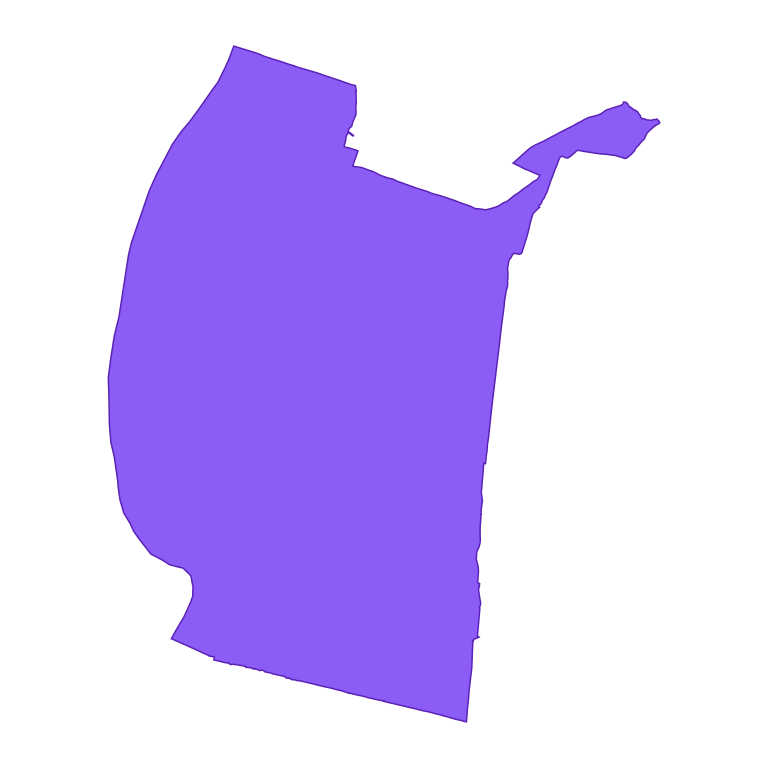 outline of Ostrov, Tulcea, Romania
{"feature_id": "2599482B49066232260095", "entity_name": "Ostrov", "entity_type": "district", "adm_level": 2, "iso_a3": "ROU", "parent_name": "Romania", "parent_adm1": "Tulcea", "projection": "albers", "projection_center": [28.19, 44.921], "detail": "fine", "context": "isolated", "style": "filled", "palette": "violet", "viewbox_px": 768, "rotation_deg": 0, "n_neighbors": 0, "source": "geoboundaries", "source_scale": "gbopen_adm2", "svg_char_len": 6066}
<svg xmlns="http://www.w3.org/2000/svg" viewBox="0 0 768 768"><path d="M171.4,638.7L192.7,648.2L205.0,653.9L209.2,655.7L209.1,656.0L212.4,656.6L214.4,656.9L213.8,659.9L218.0,660.9L221.8,661.7L221.8,661.9L226.1,662.8L228.0,663.0L228.7,662.7L228.9,662.7L229.0,662.8L228.9,663.2L229.3,663.9L229.8,664.0L230.2,664.3L230.7,664.5L231.0,664.5L232.3,664.2L232.9,664.2L233.4,664.3L233.9,664.3L234.3,664.6L236.4,664.5L237.1,664.8L240.1,665.4L240.2,665.2L241.0,665.5L245.4,666.3L245.5,666.9L245.6,667.2L245.9,667.3L248.9,667.5L249.9,667.8L251.3,667.8L252.0,668.2L252.3,668.7L253.9,669.0L254.4,668.8L254.6,668.5L255.2,668.6L255.3,669.1L256.7,669.2L259.1,670.3L259.5,670.5L260.5,670.4L261.3,670.2L262.7,670.2L264.3,670.9L264.4,671.1L264.3,671.6L266.5,672.2L267.5,672.3L267.8,672.5L268.6,672.6L270.2,672.8L272.2,673.7L283.8,676.3L284.4,676.3L286.0,677.9L286.4,678.1L287.2,678.1L287.8,678.0L288.2,678.2L289.1,678.3L289.9,678.1L290.1,678.7L290.5,679.0L292.5,679.8L293.7,679.8L295.0,679.9L297.2,680.6L299.8,680.8L314.4,684.2L319.2,685.5L322.2,686.1L323.1,686.4L331.8,688.3L335.3,689.3L340.3,690.5L344.8,691.8L349.2,693.3L349.2,693.0L353.3,694.1L354.8,694.3L355.7,694.7L361.3,695.8L364.5,696.6L368.2,697.7L371.1,698.3L374.8,699.2L377.1,699.6L378.0,700.0L380.1,700.2L380.8,700.6L383.8,700.6L383.5,701.3L416.4,709.1L423.5,710.9L426.5,711.4L429.5,712.1L447.5,716.9L455.8,719.3L461.2,720.5L463.3,721.2L465.0,721.5L466.4,721.9L466.9,716.2L467.6,706.1L468.1,703.3L468.4,699.9L469.1,690.7L471.8,667.6L472.8,641.0L473.3,641.1L473.6,639.2L475.9,638.6L479.1,637.1L478.7,636.8L477.4,636.7L479.9,608.2L479.3,607.8L480.2,605.9L480.2,605.5L480.7,603.6L478.6,590.6L478.8,586.8L479.3,586.8L479.6,583.6L477.7,582.7L478.5,570.3L477.9,565.6L476.3,559.4L476.7,552.3L479.1,546.7L480.0,543.2L480.3,540.4L480.1,533.1L480.1,528.1L481.0,515.7L481.3,513.8L481.0,513.8L480.9,513.0L481.0,511.3L482.0,503.8L482.2,502.8L482.5,501.1L481.3,492.7L483.8,463.1L485.5,463.6L485.8,461.4L486.2,456.0L486.6,453.7L487.0,451.0L487.3,447.5L487.4,444.7L488.7,436.6L489.1,432.5L490.8,416.0L492.5,400.8L493.9,389.4L497.9,356.4L499.7,341.6L500.6,333.3L502.2,320.5L504.1,306.3L504.4,302.5L504.7,299.8L506.1,291.5L506.8,288.7L507.2,287.8L507.7,283.7L507.5,282.3L507.5,281.0L507.9,277.8L507.9,272.4L507.5,269.1L508.7,261.4L509.1,260.2L511.1,257.4L511.9,255.9L512.5,254.6L513.0,254.0L513.6,253.7L514.3,253.5L515.3,253.5L517.8,254.0L519.7,254.2L520.5,254.0L521.1,253.6L521.7,252.9L522.3,251.7L522.6,250.1L522.9,249.5L527.2,235.6L528.9,229.1L530.5,221.9L532.9,213.8L536.9,209.7L539.3,207.6L539.5,207.4L539.0,207.2L538.7,206.9L538.7,206.6L538.7,206.3L539.0,205.9L540.7,204.1L541.4,203.1L542.4,200.3L542.7,199.9L543.8,198.6L544.7,197.0L545.0,196.1L545.0,195.6L545.3,195.0L545.7,194.5L546.4,193.3L546.9,192.2L549.7,184.2L550.3,181.9L550.9,180.4L551.8,178.4L553.4,173.9L555.4,168.5L556.2,167.0L559.2,158.9L560.1,157.2L560.6,156.7L561.2,156.4L561.9,156.4L563.1,156.6L563.7,156.7L564.7,157.3L566.1,157.9L566.9,158.0L567.8,158.0L568.5,157.6L570.7,156.1L575.1,152.4L576.3,151.1L577.3,150.6L578.1,150.3L583.3,151.3L594.2,153.0L599.6,153.8L607.2,154.4L609.8,154.8L615.2,155.5L621.1,157.2L624.7,158.5L626.4,158.2L630.1,155.4L633.2,152.3L634.4,150.9L635.4,148.9L636.5,147.2L637.8,146.2L639.9,143.6L641.5,141.8L644.2,139.1L644.6,138.5L645.5,136.2L647.0,133.2L648.9,131.2L653.2,127.3L654.6,126.2L658.0,124.0L659.2,123.5L659.6,123.0L659.7,122.7L659.4,121.7L657.4,119.4L656.8,119.0L656.4,119.1L655.8,119.5L655.2,119.7L653.3,119.5L652.0,120.2L651.1,120.3L649.6,120.1L647.7,120.0L645.3,119.4L644.9,119.0L644.3,118.8L642.2,118.9L642.0,118.7L641.9,118.2L641.1,117.8L640.6,116.7L640.4,116.2L640.3,115.7L639.9,115.0L639.2,114.5L638.0,112.3L636.5,111.0L635.4,110.3L634.5,110.0L633.6,109.5L632.1,108.5L631.2,107.7L629.6,106.6L628.5,105.5L627.6,103.9L626.6,102.7L625.7,102.3L624.6,102.1L623.4,102.1L623.0,103.6L622.5,104.6L621.2,105.2L619.0,106.0L613.2,107.7L608.9,109.2L607.0,109.7L605.0,110.9L602.1,113.0L600.7,113.9L598.1,115.0L596.1,115.6L589.0,117.4L586.2,118.6L583.3,120.1L580.3,121.9L578.1,122.8L574.2,125.2L562.1,131.3L543.7,141.1L535.5,144.9L533.3,146.1L531.4,147.2L527.9,149.9L517.3,159.4L513.1,163.1L513.4,163.3L518.5,165.7L524.5,168.9L528.6,170.4L530.1,171.2L531.8,171.8L533.2,172.5L535.0,173.3L539.3,175.0L539.9,175.1L539.2,176.5L538.1,178.4L536.8,179.7L533.2,181.7L529.7,184.6L528.7,185.2L521.7,190.1L520.3,191.4L517.6,193.4L516.5,194.2L515.1,194.8L511.7,197.6L507.1,201.3L503.4,202.8L501.6,204.1L498.4,206.0L495.4,207.2L491.1,208.5L485.9,209.8L478.5,208.8L476.0,208.7L473.6,207.9L470.4,206.2L468.8,205.7L460.8,202.9L454.9,200.6L448.9,198.6L447.4,198.0L442.0,196.3L438.3,195.1L435.1,194.3L431.1,193.1L429.8,192.6L427.7,191.6L416.3,188.1L401.8,182.8L397.4,181.3L393.6,179.4L392.0,178.9L387.7,177.9L380.1,175.2L374.0,172.0L372.4,171.3L368.7,170.2L364.3,168.4L360.9,167.4L352.9,166.3L353.3,164.6L353.6,163.5L358.0,150.9L357.4,150.7L357.2,150.5L353.8,149.4L350.0,148.2L347.0,147.4L345.0,147.1L344.5,146.8L344.2,146.4L344.4,144.9L345.5,141.4L346.2,136.2L348.3,132.7L349.8,133.5L351.8,135.2L352.7,135.8L353.2,136.0L353.5,135.7L353.4,135.3L351.3,133.9L350.0,132.6L348.0,132.0L348.7,129.7L349.3,128.6L349.9,127.6L350.6,127.2L351.4,126.6L351.8,126.1L352.6,122.5L355.5,115.7L356.0,114.2L356.0,111.4L355.8,106.9L356.2,103.6L356.3,101.3L356.1,99.5L356.2,98.3L356.1,97.2L356.1,93.5L355.9,93.3L356.2,91.6L356.2,89.7L355.8,88.7L355.5,85.6L350.6,84.4L341.3,81.1L323.4,75.1L322.1,74.6L317.7,73.1L295.7,66.6L294.4,65.8L292.9,65.5L286.0,63.3L280.2,61.3L273.7,59.4L264.3,56.3L261.4,55.1L261.0,54.7L255.7,52.9L233.8,46.1L233.1,48.0L228.9,59.3L225.1,67.6L218.0,82.1L212.2,90.0L198.4,109.8L194.8,114.6L189.5,121.9L181.5,131.2L172.5,144.1L156.4,174.8L149.1,191.2L131.4,242.8L128.5,255.0L119.0,316.8L114.3,335.9L110.8,358.4L108.3,377.5L109.0,398.9L109.4,424.4L110.9,442.3L114.3,456.9L117.7,480.7L118.4,489.0L120.0,500.0L123.9,513.2L130.2,523.6L133.6,531.1L138.9,538.7L150.9,554.1L161.5,559.6L169.9,564.9L183.2,568.2L190.9,575.8L193.0,587.0L192.7,596.2L190.6,602.3L184.0,616.8L180.5,622.6L173.2,635.2L171.4,638.7Z" fill="#8b5cf6" stroke="#5b21b6" stroke-width="1.5"/></svg>